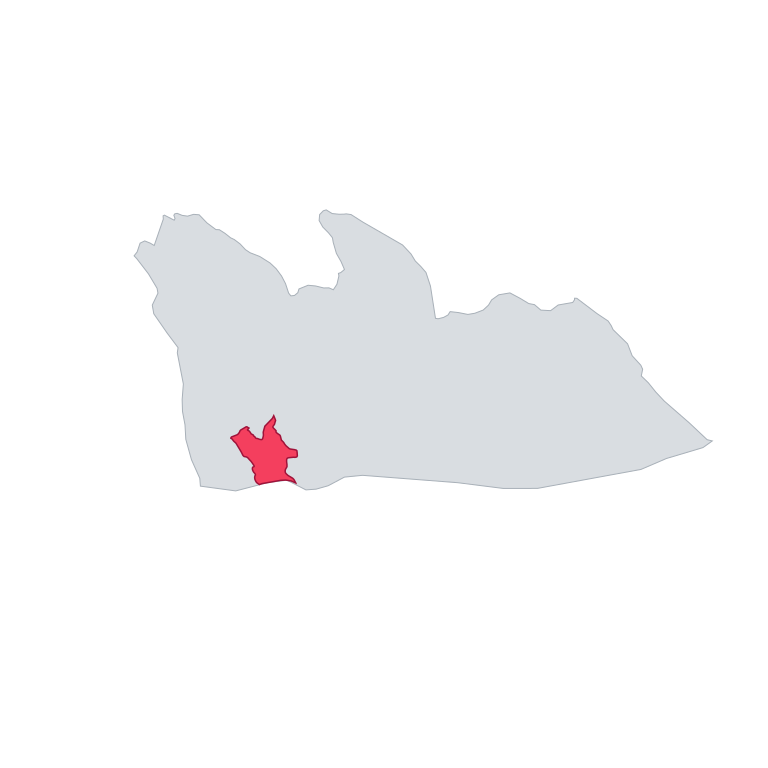 where Bomi sits in Liberia, rotated 314°
{"feature_id": "LBR-783", "entity_name": "Bomi", "entity_type": "County", "adm_level": 1, "iso_a3": "LBR", "parent_name": "Liberia", "parent_adm1": "", "projection": "equal_earth", "projection_center": [-10.785, 6.699], "detail": "fine", "context": "in_parent", "style": "filled", "palette": "rose", "viewbox_px": 768, "rotation_deg": 314, "n_neighbors": 0, "source": "natural_earth", "source_scale": "10m", "svg_char_len": 3881}
<svg xmlns="http://www.w3.org/2000/svg" viewBox="0 0 768 768"><g transform="rotate(314 384 384)"><path d="M183.0,322.9L188.2,317.0L195.8,298.1L206.5,279.9L216.4,269.2L224.3,258.1L232.6,249.6L244.6,239.7L262.8,213.7L267.1,210.6L270.0,192.6L274.6,169.6L279.8,162.5L292.3,158.3L295.2,154.3L299.6,138.1L302.4,119.3L302.6,115.2L307.5,114.7L315.9,110.7L320.7,112.5L322.9,117.9L324.0,122.5L349.3,110.7L351.5,108.3L352.9,108.7L356.1,119.3L357.9,118.7L359.4,115.6L361.1,115.3L363.1,116.7L365.1,121.7L368.3,126.1L373.8,129.2L377.3,133.5L376.9,144.8L378.3,155.8L380.6,158.4L381.9,164.9L382.6,172.1L383.9,175.9L384.8,183.2L384.4,191.0L385.4,196.5L389.4,206.0L391.9,217.9L392.0,226.4L390.5,235.3L387.8,243.4L383.1,252.3L382.7,255.8L385.5,258.1L389.8,258.6L393.3,256.8L402.3,260.8L407.0,266.7L411.2,273.9L414.9,277.6L416.6,282.1L423.0,280.9L430.4,276.5L431.9,274.4L434.1,275.5L438.9,276.0L442.2,268.1L444.9,259.0L450.6,249.1L453.4,245.3L454.2,239.0L454.4,230.9L456.5,223.8L461.2,220.0L466.4,220.0L469.1,221.5L470.6,228.3L474.7,233.5L478.2,237.1L480.1,238.6L483.0,242.6L485.8,256.4L496.9,300.8L496.3,313.1L494.2,321.1L494.1,328.9L493.4,336.7L486.7,349.4L467.0,375.4L468.5,377.6L473.3,380.6L478.1,382.1L482.0,381.3L487.0,387.8L492.3,396.0L498.0,400.2L506.1,404.0L513.3,404.4L519.3,403.0L527.9,404.6L537.0,411.3L540.2,422.5L542.4,432.2L545.6,437.1L546.1,445.5L552.5,452.9L561.8,454.4L573.7,463.1L576.8,462.6L578.1,461.5L579.6,463.2L582.6,488.2L585.0,501.5L583.8,506.9L582.2,511.1L582.1,531.3L576.7,542.9L575.9,555.7L574.3,559.8L568.5,563.5L568.5,573.3L567.0,585.1L566.4,597.6L568.1,630.5L568.4,655.1L571.1,659.7L559.8,657.6L526.6,638.9L501.1,628.2L415.5,566.9L391.7,542.3L364.3,505.7L303.4,432.0L289.5,420.2L272.0,414.5L261.2,408.2L253.6,401.4L247.4,381.0L232.2,368.8L204.1,351.6L183.0,322.9Z" fill="#d9dde1" stroke="#a8b0b8" stroke-width="1"/><path d="M251.5,389.3L249.8,384.6L246.6,380.0L242.8,376.5L227.4,365.3L225.1,364.2L224.8,362.6L224.6,360.9L224.8,359.9L225.1,358.9L225.8,357.3L226.4,356.5L226.9,355.9L227.3,355.6L228.2,355.0L229.3,354.7L229.6,354.2L229.9,353.4L230.0,351.7L230.3,350.5L230.9,349.1L231.4,348.4L231.9,347.9L232.3,347.6L232.6,347.5L233.0,347.4L233.4,347.5L234.2,347.9L234.6,347.8L234.8,347.5L235.0,347.2L235.2,346.3L236.0,342.2L236.1,339.6L236.3,337.5L236.1,336.0L235.7,335.3L234.7,333.8L234.6,333.0L234.7,332.0L236.0,328.3L238.5,319.0L238.6,317.9L238.5,316.6L238.5,315.4L238.9,312.9L238.6,311.5L239.3,311.1L240.0,311.1L245.4,313.6L246.5,313.8L248.6,313.6L250.5,312.9L250.9,312.9L251.4,312.9L257.5,314.6L258.0,315.3L258.2,315.8L258.1,316.3L258.2,316.7L258.4,317.0L258.6,317.3L258.5,317.5L258.2,317.6L256.7,317.6L256.3,317.6L256.1,317.8L256.1,318.2L256.2,318.6L256.4,319.1L256.5,319.5L256.5,319.9L256.5,320.3L256.3,321.2L256.2,321.7L256.1,322.2L256.0,322.5L255.9,322.9L255.9,323.3L256.2,324.2L256.3,324.7L256.5,325.2L256.4,325.7L256.2,326.2L256.1,326.6L256.3,327.5L256.3,328.0L256.0,328.7L256.0,329.1L256.1,329.8L256.8,330.7L257.0,331.1L257.2,331.6L257.4,332.1L257.7,332.8L258.4,333.9L259.1,334.7L259.7,334.8L260.5,334.6L262.3,333.6L263.3,332.9L264.1,332.1L265.1,330.9L265.9,330.3L270.9,327.6L281.7,327.6L284.6,326.7L283.0,330.4L282.4,331.4L281.0,332.1L280.9,332.1L279.0,333.2L276.3,333.6L275.7,334.1L275.5,335.3L275.5,337.1L275.4,338.8L274.6,339.5L274.3,340.1L274.4,341.7L274.9,344.5L274.6,345.6L272.9,348.3L272.3,349.4L272.4,349.5L272.3,352.1L272.2,352.8L271.8,354.1L271.7,354.8L271.5,356.2L271.7,360.7L272.1,361.7L274.6,365.2L275.5,366.8L275.5,367.7L274.3,369.2L272.1,371.6L270.9,371.9L269.3,370.9L269.0,370.4L268.7,370.0L264.7,366.6L263.8,366.1L263.3,366.0L262.8,366.1L262.1,366.4L261.2,367.2L260.3,368.1L258.8,370.0L257.3,371.5L257.0,371.7L254.6,372.3L253.4,372.8L252.4,373.7L251.9,374.4L251.6,375.1L251.5,375.9L251.5,377.1L251.5,378.2L251.7,379.2L252.6,382.9L252.8,384.0L252.7,385.6L251.6,389.1L251.5,389.3Z" fill="#f43f5e" stroke="#9f1239" stroke-width="1.5"/></g></svg>